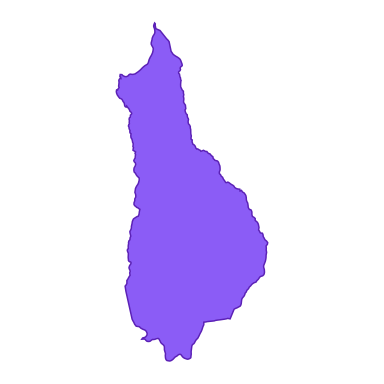 Colíder, Mato Grosso, Brazil (Equal Earth projection)
{"feature_id": "56859067B13251605722574", "entity_name": "Colíder", "entity_type": "district", "adm_level": 2, "iso_a3": "BRA", "parent_name": "Brazil", "parent_adm1": "Mato Grosso", "projection": "equal_earth", "projection_center": [-55.489, -10.565], "detail": "fine", "context": "isolated", "style": "filled", "palette": "violet", "viewbox_px": 384, "rotation_deg": 0, "n_neighbors": 0, "source": "geoboundaries", "source_scale": "gbopen_adm2", "svg_char_len": 6027}
<svg xmlns="http://www.w3.org/2000/svg" viewBox="0 0 384 384"><path d="M120.2,74.5L120.0,75.5L119.9,76.7L120.6,77.0L120.9,78.6L120.0,78.5L119.1,79.5L118.8,80.7L119.0,81.8L119.0,82.9L118.8,84.7L118.6,86.1L119.1,87.6L118.1,88.8L117.6,90.0L116.6,89.9L116.3,91.3L116.5,92.9L117.2,94.8L118.7,97.0L119.8,98.3L120.9,98.7L121.8,99.2L122.6,100.4L123.1,101.6L123.9,102.4L124.4,103.9L124.7,105.8L125.2,106.6L126.1,107.1L126.7,106.0L127.6,107.4L128.4,108.2L128.9,108.9L129.5,110.0L130.0,111.4L131.0,112.1L131.7,113.2L131.4,114.3L130.4,115.1L130.3,117.1L129.3,118.0L129.1,119.4L129.4,120.8L129.2,122.2L129.4,123.7L128.8,124.6L128.4,126.0L129.0,127.3L129.1,128.6L129.5,129.6L130.0,130.6L129.8,131.9L130.1,133.0L131.0,133.7L130.8,135.9L131.0,137.7L131.9,139.1L132.4,140.9L132.6,142.3L133.2,143.5L133.1,145.2L132.9,146.5L133.5,147.7L133.1,149.0L133.0,150.3L134.4,151.1L135.6,152.0L135.0,153.3L135.5,154.4L135.1,158.1L134.3,159.3L133.8,160.6L134.2,161.7L135.3,162.8L135.7,164.3L135.2,166.0L134.2,167.7L133.9,169.0L133.9,170.9L134.4,172.4L135.4,173.1L136.1,174.6L137.0,175.9L139.2,178.1L139.2,180.2L138.4,183.2L137.8,184.4L136.5,186.3L135.5,188.4L134.9,192.4L135.6,194.3L135.8,196.0L135.7,197.2L134.8,198.9L134.8,200.4L134.4,201.8L134.0,202.8L134.0,204.5L134.7,205.7L135.6,206.3L136.7,207.4L137.7,207.7L138.7,208.6L139.9,209.3L139.4,211.4L139.0,214.4L138.2,216.3L137.0,216.6L134.8,218.0L133.5,218.9L132.8,220.3L132.3,221.7L132.1,223.3L131.4,226.4L131.4,228.0L130.9,229.6L129.9,231.4L130.0,232.8L130.8,236.1L130.1,237.8L129.9,239.8L128.9,240.9L128.5,242.5L128.6,243.7L128.3,245.0L128.2,246.3L128.3,248.7L127.5,249.3L127.3,250.5L127.7,251.9L128.3,253.0L128.3,255.0L128.2,256.4L128.2,257.9L128.4,259.2L128.4,260.3L128.9,261.2L129.6,261.8L130.6,261.9L131.1,262.9L130.6,264.3L129.7,265.4L129.0,267.4L129.2,268.8L129.7,269.6L130.2,271.2L129.7,272.9L129.9,274.3L130.1,275.3L129.3,276.4L128.3,278.2L127.7,279.4L126.9,280.4L126.9,282.0L126.9,283.5L125.8,285.4L125.1,286.1L125.9,291.2L132.1,319.1L132.8,320.6L133.7,322.1L134.7,324.3L136.2,326.2L139.3,326.7L141.0,328.3L143.1,329.4L144.3,329.8L145.4,330.4L146.3,331.4L146.8,332.5L147.2,333.8L146.8,335.4L145.6,336.9L144.7,337.4L142.6,338.0L141.8,339.2L144.1,339.0L145.1,339.3L145.7,340.1L146.7,341.1L148.0,341.5L149.5,341.4L150.3,341.1L151.2,340.3L152.4,339.5L153.7,339.5L155.0,339.3L156.1,338.8L158.1,338.4L158.9,338.9L160.0,340.9L160.8,342.6L161.7,343.6L162.9,344.5L163.8,345.4L164.3,346.4L164.4,347.9L164.4,349.8L164.7,350.9L165.2,352.5L165.5,353.7L165.3,355.4L165.4,357.1L165.6,358.5L166.1,359.7L166.9,360.5L168.3,360.8L169.9,361.0L171.3,360.5L172.1,360.0L173.1,359.2L174.3,357.9L175.4,356.8L176.7,356.2L178.6,354.6L179.9,354.3L180.8,354.5L181.7,355.6L182.3,356.5L183.2,357.4L184.4,358.2L187.0,359.1L187.9,359.2L189.1,358.8L190.1,358.3L190.8,357.7L191.0,355.8L191.2,354.6L191.2,353.1L191.1,351.9L191.8,346.3L192.1,345.2L192.8,344.4L193.9,343.6L194.6,342.6L195.1,341.5L195.9,340.2L196.6,339.3L197.6,338.5L198.9,336.1L199.9,333.9L201.4,331.1L202.1,329.3L202.9,326.7L203.8,324.8L203.8,322.2L206.0,321.9L207.2,321.6L214.1,320.9L215.6,320.4L217.4,320.1L220.8,319.7L224.9,319.1L226.4,318.8L227.8,318.4L230.1,318.9L234.1,309.2L235.5,308.4L236.9,307.9L240.2,306.1L240.8,305.1L241.2,303.8L241.7,299.6L242.2,298.3L244.1,296.0L244.8,294.6L245.1,293.2L246.1,292.2L246.9,290.3L248.6,288.6L249.2,287.2L250.7,285.8L251.7,284.5L252.5,283.8L253.8,282.9L256.1,282.0L256.9,280.6L258.3,279.3L259.5,277.5L260.3,276.6L261.1,276.3L262.7,275.8L263.8,274.7L264.2,273.8L264.5,272.2L264.3,269.4L263.7,267.4L263.6,266.0L263.9,265.0L264.5,263.5L265.3,261.4L265.7,259.7L266.0,257.9L266.1,255.1L266.6,252.4L266.2,249.9L266.3,248.2L266.1,246.0L266.7,245.2L267.4,244.3L267.7,242.6L266.5,241.0L264.9,239.7L264.1,238.0L263.3,236.7L263.0,234.6L262.4,233.2L261.1,233.1L260.2,232.7L259.6,231.4L258.6,229.9L259.0,227.5L258.3,224.1L257.4,222.3L255.2,220.4L255.2,218.5L254.1,217.4L253.3,217.0L252.3,216.2L251.9,214.5L251.9,212.0L251.4,210.6L250.8,209.7L249.5,209.5L248.7,208.4L248.2,207.2L248.1,205.6L247.7,203.0L246.9,201.6L246.5,200.4L246.3,199.2L246.3,197.8L245.9,195.7L245.4,194.7L244.1,192.9L242.5,192.0L241.5,190.4L240.1,191.0L239.8,189.2L237.9,189.0L236.8,188.7L235.5,188.1L234.6,187.3L233.8,186.0L232.8,185.2L231.3,184.4L230.2,183.6L228.6,182.4L227.7,182.1L226.8,182.6L225.9,182.6L225.0,181.5L224.4,180.4L223.5,179.4L222.6,177.3L221.2,176.1L220.6,174.8L219.4,173.6L219.3,172.0L220.0,170.4L220.1,169.2L220.0,166.9L219.8,165.7L219.3,164.6L218.9,163.5L218.5,162.2L217.5,161.0L214.9,160.3L214.3,159.5L213.3,158.7L212.8,156.6L212.0,156.1L210.6,154.7L209.8,153.7L208.8,153.6L207.7,152.7L206.9,151.5L205.5,151.4L203.5,150.3L200.9,151.3L200.2,150.3L199.4,150.0L197.7,148.9L196.7,149.0L195.9,148.1L195.2,146.2L194.3,145.0L193.0,144.3L192.1,141.9L192.2,139.9L191.2,139.3L191.0,138.0L191.2,136.9L191.3,135.8L191.0,134.7L190.8,133.6L190.7,129.5L190.3,128.0L190.3,126.6L189.7,125.2L188.5,123.8L188.1,122.1L188.2,120.8L188.5,119.6L188.2,118.4L187.6,117.6L187.3,116.2L187.2,114.7L186.2,113.8L185.4,112.0L185.0,110.0L185.8,108.7L185.6,107.0L185.4,105.1L184.4,103.7L183.6,102.3L183.6,101.0L183.8,99.7L183.8,98.2L183.4,96.5L183.8,94.7L183.4,93.1L183.4,91.2L182.3,90.2L180.7,86.9L180.6,84.6L180.8,81.6L181.1,80.4L180.6,79.4L180.5,77.9L179.9,76.7L179.5,74.1L178.7,73.4L178.6,72.0L179.2,71.3L180.1,70.6L180.5,69.4L180.1,68.1L180.6,67.0L182.2,65.7L182.1,64.2L180.7,60.4L180.0,59.2L179.2,58.4L178.1,57.6L177.4,57.1L175.6,56.1L173.2,54.4L171.1,51.3L169.1,41.7L168.2,40.4L166.6,38.8L160.0,30.5L155.9,28.7L155.2,25.5L155.3,23.8L154.6,23.0L154.1,24.2L153.7,25.4L153.7,26.7L154.4,28.5L154.8,30.2L154.9,32.0L154.7,33.2L154.1,34.5L153.3,35.6L152.7,36.9L152.2,38.2L152.0,39.8L151.2,42.8L151.2,44.2L151.9,45.7L152.7,47.1L153.3,48.6L153.0,50.8L152.5,52.9L151.4,55.3L150.3,57.1L149.2,59.4L148.6,61.5L148.2,62.9L147.4,64.2L145.0,65.6L143.5,66.8L142.1,68.1L140.5,69.8L138.4,71.6L135.1,73.9L132.9,74.4L131.5,74.3L130.4,74.1L129.6,74.3L128.7,75.0L127.9,76.0L126.5,76.6L125.0,76.6L123.0,75.7L121.9,74.6L120.2,74.5Z" fill="#8b5cf6" stroke="#5b21b6" stroke-width="1.5"/></svg>